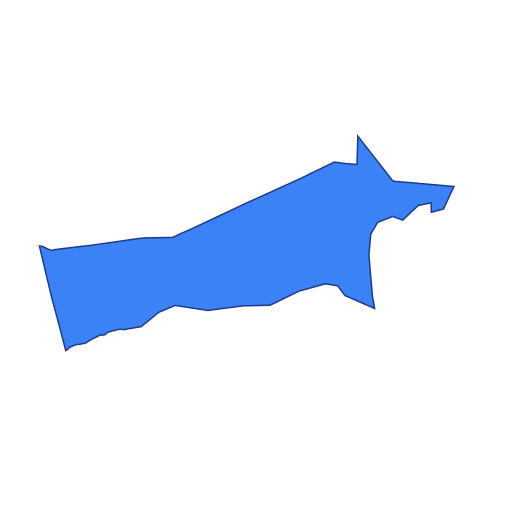 Renk, Upper Nile, South Sudan (Natural Earth projection), rotated 253°
{"feature_id": "79223893B54015778886033", "entity_name": "Renk", "entity_type": "district", "adm_level": 2, "iso_a3": "SSD", "parent_name": "South Sudan", "parent_adm1": "Upper Nile", "projection": "natural_earth1", "projection_center": [32.947, 11.291], "detail": "fine", "context": "isolated", "style": "filled", "palette": "blue", "viewbox_px": 512, "rotation_deg": 253, "n_neighbors": 0, "source": "geoboundaries", "source_scale": "gbopen_adm2", "svg_char_len": 1143}
<svg xmlns="http://www.w3.org/2000/svg" viewBox="0 0 512 512"><g transform="rotate(253 256 256)"><path d="M264.6,465.6L287.5,408.9L340.9,388.4L340.1,388.2L314.0,379.3L318.2,368.7L322.9,358.4L319.1,333.4L317.1,321.2L310.8,273.0L309.9,265.5L302.2,212.2L300.6,200.9L299.6,191.8L298.1,181.8L305.3,156.8L305.7,155.8L306.4,151.8L306.5,151.6L307.3,147.4L314.6,100.4L316.2,92.2L316.3,92.0L317.5,84.6L319.9,71.6L321.1,64.2L321.1,62.0L322.5,60.2L324.5,57.9L325.9,56.5L326.8,55.6L327.8,54.3L328.9,51.8L321.0,51.3L276.7,48.5L252.9,47.7L221.1,46.4L221.8,48.7L223.2,51.1L223.3,53.5L223.9,56.1L223.6,60.2L222.9,61.9L223.1,64.1L222.5,65.9L222.7,68.4L224.1,72.9L224.8,76.5L225.2,79.6L226.0,84.0L225.2,86.0L224.9,87.9L225.0,89.0L225.9,90.3L226.3,92.0L226.5,96.0L226.1,99.2L226.1,102.5L225.8,104.5L224.9,106.8L223.9,108.9L224.0,110.4L222.0,125.5L230.6,146.6L232.4,164.2L218.1,193.8L212.1,229.0L204.8,255.1L209.9,287.3L209.1,314.4L203.5,325.5L192.2,329.5L171.1,354.1L183.6,355.6L223.7,364.2L243.5,372.2L252.6,382.2L253.9,398.3L247.4,406.8L256.9,425.9L255.6,439.0L246.6,436.5L246.1,449.0L264.6,465.6Z" fill="#3b82f6" stroke="#1e3a8a" stroke-width="1.5"/></g></svg>